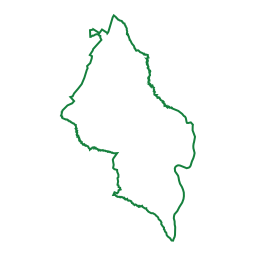 Federación, Entre Ríos, Argentina
{"feature_id": "61730980B83498212495983", "entity_name": "Federación", "entity_type": "district", "adm_level": 2, "iso_a3": "ARG", "parent_name": "Argentina", "parent_adm1": "Entre Ríos", "projection": "equal_earth", "projection_center": [-58.107, -30.745], "detail": "fine", "context": "isolated", "style": "outline", "palette": "green", "viewbox_px": 256, "rotation_deg": 0, "n_neighbors": 0, "source": "geoboundaries", "source_scale": "gbopen_adm2", "svg_char_len": 5778}
<svg xmlns="http://www.w3.org/2000/svg" viewBox="0 0 256 256"><path d="M173.1,240.6L173.6,239.0L174.6,236.9L175.0,235.0L175.2,227.0L174.7,224.6L174.6,221.3L173.8,218.3L174.0,216.2L174.5,214.3L177.3,211.1L179.4,207.0L182.2,202.6L183.5,199.0L183.9,196.1L183.8,192.5L183.0,189.6L181.9,186.9L180.0,183.7L179.0,180.3L178.6,177.7L178.1,175.7L175.1,171.4L174.8,168.4L175.4,167.0L176.0,166.4L177.4,165.5L178.3,165.3L180.0,165.5L186.7,168.2L188.9,167.6L190.1,166.6L190.7,165.4L191.9,161.4L193.3,158.3L194.1,155.7L194.6,153.0L193.4,148.2L193.3,146.0L193.6,143.6L194.0,142.3L195.0,136.8L192.6,130.3L192.7,125.9L192.9,124.7L190.8,122.4L188.2,123.0L187.0,122.9L186.6,122.1L185.8,118.0L185.1,116.7L183.8,115.9L182.2,113.9L178.3,110.9L171.9,108.3L171.9,107.7L171.3,107.4L170.0,107.8L169.3,107.7L169.0,107.4L169.0,106.7L168.1,106.3L167.7,106.5L167.3,107.4L166.6,106.7L166.5,105.9L166.0,106.1L165.2,105.7L164.5,105.9L164.4,104.7L164.9,104.6L164.5,103.6L163.8,103.4L162.8,102.5L163.6,101.8L163.1,101.2L162.4,101.2L162.0,100.7L160.9,100.2L160.1,99.2L160.1,98.8L159.5,98.0L159.1,97.8L159.2,97.5L158.7,97.3L158.1,97.9L157.6,97.9L157.6,97.3L156.6,96.4L156.7,95.9L156.1,95.2L156.3,95.0L155.6,95.0L155.4,95.2L154.4,94.6L154.3,92.5L154.9,92.0L154.2,91.1L153.8,91.0L154.2,90.0L153.7,88.9L153.7,88.0L153.9,87.7L153.0,87.1L152.7,86.5L152.2,86.4L152.6,86.0L152.5,85.7L152.1,86.1L151.7,86.1L151.8,86.5L151.5,86.6L151.4,86.3L151.2,86.7L151.0,86.4L151.4,85.8L150.3,85.6L150.3,85.2L149.6,84.7L150.0,84.7L150.1,83.9L148.4,82.4L148.7,81.3L148.5,81.1L148.8,80.5L149.4,80.5L149.3,79.6L149.0,78.9L148.4,78.9L148.2,78.6L148.2,77.8L148.3,77.6L148.9,77.8L149.1,77.6L148.9,77.0L149.3,76.2L150.0,75.3L149.9,74.2L149.6,73.9L149.7,73.1L149.3,72.6L149.3,72.3L149.8,72.6L150.3,71.4L150.1,70.6L149.7,70.5L149.4,70.8L148.9,70.0L148.6,68.7L148.3,68.7L147.6,67.9L148.0,67.2L148.3,67.1L148.4,66.5L148.0,65.9L147.8,64.9L147.1,64.8L146.9,64.3L147.2,64.2L147.0,63.8L147.5,63.4L147.4,62.8L147.0,62.9L146.9,62.1L146.6,62.0L146.9,61.1L147.7,61.4L147.9,60.9L147.7,60.1L147.3,60.2L147.2,59.6L146.8,59.1L147.5,59.3L147.5,57.6L148.4,57.5L148.2,57.0L147.9,57.0L147.8,55.0L146.2,54.6L145.8,54.8L145.3,54.5L145.0,54.7L144.7,54.7L144.5,54.3L144.0,54.4L143.8,53.6L143.2,53.7L141.9,52.8L140.2,52.2L138.4,50.4L137.7,50.3L136.5,50.7L135.9,50.5L135.7,49.7L135.0,48.8L135.1,48.5L134.3,47.8L134.3,47.0L133.8,45.8L131.9,43.6L130.2,40.2L129.7,40.0L129.4,38.4L128.9,37.5L128.8,36.4L127.9,35.3L128.0,34.6L127.1,34.3L127.4,33.6L126.9,33.2L127.2,31.5L126.7,29.8L126.8,28.7L126.3,27.4L125.6,26.5L125.5,25.6L124.8,24.8L124.5,23.5L123.3,23.2L122.6,22.0L122.0,21.7L121.8,21.0L119.5,20.4L118.6,19.7L118.0,19.6L117.2,18.4L116.7,18.3L116.0,17.2L113.8,15.4L112.7,17.3L108.5,31.4L108.1,32.4L107.3,33.4L107.1,32.8L102.0,29.5L99.4,33.1L93.2,29.2L93.1,29.6L90.0,30.2L90.3,36.9L90.8,36.9L92.6,35.6L93.5,35.7L95.4,34.5L96.9,34.2L98.0,34.4L98.8,34.9L99.2,35.6L100.3,35.9L100.3,37.7L101.4,39.9L93.2,49.0L92.7,50.6L89.8,55.0L92.0,56.2L91.7,58.5L90.2,63.1L87.1,66.1L87.6,68.3L86.8,69.9L84.4,77.7L81.7,84.1L78.1,88.7L74.0,93.5L72.7,96.3L70.4,97.0L74.1,101.1L72.2,103.3L67.5,105.4L62.5,110.4L62.0,112.1L61.7,112.2L61.8,113.0L61.5,114.6L61.0,115.7L62.2,116.4L62.0,117.6L62.5,118.1L65.3,119.3L65.9,119.3L66.1,119.6L67.4,119.6L68.0,120.3L68.3,120.3L68.4,120.7L68.9,120.8L69.2,121.3L70.4,121.4L70.9,122.2L71.5,122.3L72.5,123.2L73.7,123.4L74.9,124.8L75.2,124.8L75.5,125.4L75.8,125.3L75.8,126.0L76.1,127.3L76.0,127.7L76.2,127.9L75.9,128.3L76.4,128.4L76.7,128.7L76.5,129.4L76.1,129.5L76.3,129.9L76.3,130.7L77.1,130.9L76.8,131.7L77.0,131.8L77.1,132.1L76.5,132.3L77.1,133.0L77.1,133.8L76.8,134.2L77.2,134.5L77.0,135.2L77.4,135.3L77.4,136.2L77.8,136.1L77.7,136.5L78.3,136.3L78.3,137.1L78.8,137.3L78.6,137.7L78.8,138.2L79.3,138.3L79.5,138.9L79.2,139.2L79.9,140.1L79.2,140.2L79.2,140.5L79.8,140.7L80.0,141.3L80.7,141.3L81.3,142.2L81.3,142.7L81.6,142.6L81.5,143.0L82.1,143.3L82.6,144.1L83.0,144.1L83.2,144.8L83.9,144.8L84.3,144.5L84.4,145.0L85.1,145.4L85.8,145.2L86.1,145.4L86.0,145.8L86.6,145.8L88.2,146.5L88.4,147.4L88.9,148.2L89.8,148.6L89.9,149.6L91.0,148.7L91.5,148.7L92.3,147.6L92.9,147.5L93.3,146.9L93.3,146.6L93.9,148.0L94.3,147.4L94.8,147.8L95.4,147.7L95.5,148.3L95.9,148.1L96.5,148.5L96.5,148.8L97.2,148.9L97.8,149.4L98.4,150.3L98.7,150.0L98.8,150.3L99.3,150.1L100.1,150.5L100.3,150.2L100.7,150.5L101.8,150.2L102.3,150.4L102.9,150.1L103.4,150.7L105.0,150.6L105.6,151.1L107.0,151.1L107.6,151.8L108.3,151.5L108.5,151.8L109.1,151.6L109.9,152.1L110.2,151.9L111.0,152.3L111.8,152.8L112.4,152.6L113.0,153.1L114.5,153.3L117.2,153.1L113.4,158.4L112.8,159.8L113.7,164.9L113.1,167.9L114.4,169.2L117.1,169.9L117.2,171.8L118.4,174.7L118.4,177.1L117.5,178.1L118.1,181.5L117.5,184.8L118.5,185.4L118.6,187.1L120.0,187.7L119.9,188.0L120.6,189.5L118.6,190.2L118.3,192.1L117.2,193.3L114.5,192.3L113.3,195.0L115.2,194.9L115.6,195.2L115.9,195.8L116.5,196.2L116.9,196.2L117.2,196.7L117.8,196.9L119.1,196.8L119.6,197.1L119.9,196.9L120.4,197.3L121.1,196.9L121.7,197.2L122.5,197.2L123.0,197.7L123.7,197.7L123.8,198.0L124.2,197.8L124.5,198.4L125.0,198.6L124.9,199.1L125.3,199.5L126.2,199.4L127.2,198.9L127.5,199.9L127.8,200.0L128.3,200.7L129.5,200.5L130.3,200.8L130.7,201.3L131.3,201.3L132.0,203.1L132.9,203.3L133.5,204.4L134.2,204.5L134.6,205.1L135.6,204.5L136.5,205.0L137.1,205.8L138.8,205.8L138.5,206.7L138.7,206.9L139.5,206.8L139.5,206.2L139.9,206.0L141.1,206.3L142.1,205.8L142.6,206.9L145.1,208.5L146.2,208.3L146.2,208.8L147.0,210.2L147.7,210.6L147.8,211.0L148.3,211.6L151.2,213.2L152.9,213.2L155.4,214.7L156.0,215.6L157.7,216.9L158.3,217.9L158.7,219.3L160.4,220.6L161.5,222.5L161.2,224.0L162.8,226.4L164.0,227.6L163.9,229.3L164.6,229.9L164.8,231.0L165.2,231.8L166.2,232.5L166.7,235.1L167.8,236.5L170.3,238.4L170.7,239.3L171.6,240.5L173.1,240.6Z" fill="none" stroke="#15803d" stroke-width="2"/></svg>